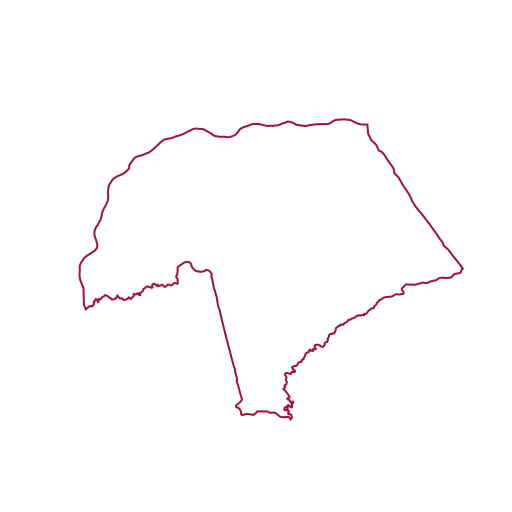 Bosobolo, Équateur, Democratic Republic of the Congo (Albers equal-area conic projection), rotated 323°
{"feature_id": "63176286B50098701443330", "entity_name": "Bosobolo", "entity_type": "district", "adm_level": 2, "iso_a3": "COD", "parent_name": "Democratic Republic of the Congo", "parent_adm1": "Équateur", "projection": "albers", "projection_center": [19.647, 4.521], "detail": "fine", "context": "isolated", "style": "outline", "palette": "rose", "viewbox_px": 512, "rotation_deg": 323, "n_neighbors": 0, "source": "geoboundaries", "source_scale": "gbopen_adm2", "svg_char_len": 6142}
<svg xmlns="http://www.w3.org/2000/svg" viewBox="0 0 512 512"><g transform="rotate(323 256 256)"><path d="M424.0,218.1L418.9,214.0L416.2,210.4L414.1,205.8L412.6,203.6L409.0,200.2L407.3,199.0L402.9,196.1L400.5,194.9L394.0,194.4L391.8,193.2L387.7,190.1L383.9,187.4L377.8,183.8L375.2,182.8L373.5,181.8L367.2,175.5L365.5,171.4L362.5,167.8L359.5,167.1L355.8,165.6L354.6,165.6L352.2,164.9L349.3,162.9L348.3,162.7L346.4,161.0L342.5,158.3L338.4,153.0L335.1,150.1L331.9,148.2L327.1,147.0L326.1,146.5L323.2,145.5L319.4,145.0L318.2,145.5L313.8,146.7L311.9,146.7L309.5,146.2L305.6,144.8L302.2,141.4L300.0,139.9L299.6,139.7L295.7,135.8L294.5,134.1L294.1,131.7L291.3,125.4L291.1,124.4L289.4,122.0L288.4,121.3L283.9,117.4L281.7,116.7L276.1,115.5L272.0,115.0L268.4,114.0L263.6,112.1L259.7,111.1L252.7,107.7L249.3,107.7L238.0,108.9L232.7,108.9L230.0,108.0L227.6,107.5L224.0,106.3L221.3,105.1L218.7,104.6L217.0,104.8L212.2,106.3L209.4,107.3L207.3,109.7L203.0,110.4L199.4,110.4L196.2,109.7L192.6,108.7L191.2,108.7L188.5,108.4L186.8,108.9L184.4,109.9L182.0,110.6L179.3,112.6L176.0,116.0L173.5,120.1L171.4,122.3L166.3,125.2L162.9,126.6L159.3,128.8L156.6,131.2L153.5,133.6L149.9,135.1L148.2,136.1L146.5,136.3L142.9,138.2L141.2,139.9L140.5,140.7L139.3,142.8L137.1,149.1L135.9,152.0L133.5,154.0L130.1,154.7L126.7,154.5L120.4,154.0L117.5,154.2L112.0,156.1L110.5,157.1L110.3,157.1L108.3,158.8L107.9,159.8L105.4,162.9L103.3,165.3L101.1,169.5L100.1,173.3L98.9,177.7L95.0,183.3L89.2,191.5L88.0,196.1L92.7,195.9L93.4,196.6L94.5,196.7L94.8,197.7L97.3,197.0L98.7,196.0L98.6,195.1L99.7,194.7L101.1,194.8L102.1,194.0L102.8,195.3L102.1,197.6L102.7,197.7L104.6,195.8L105.7,197.0L107.6,196.3L110.1,196.7L112.2,196.5L113.6,199.4L114.0,201.5L114.7,202.5L114.7,204.2L117.3,205.2L119.7,205.4L120.8,204.3L121.4,204.2L121.8,208.2L123.0,208.6L123.8,209.8L123.7,211.3L124.1,211.9L128.0,212.9L129.6,212.6L129.8,213.1L130.0,213.4L129.8,214.4L130.4,215.0L134.3,214.3L135.5,212.7L136.7,214.4L138.7,214.5L139.3,217.2L140.0,217.4L139.9,215.9L140.2,215.5L141.3,215.6L142.1,216.1L143.2,216.0L145.1,215.7L146.3,214.6L151.2,214.9L151.7,216.1L151.9,216.5L152.9,217.4L153.5,218.6L154.3,218.7L154.8,218.3L155.0,217.1L156.7,216.4L158.1,217.1L158.6,218.9L160.0,219.6L159.2,220.7L159.7,221.3L163.9,222.5L164.4,225.6L165.4,226.1L168.3,225.9L169.4,226.6L170.1,228.2L171.1,228.7L174.9,228.5L176.4,230.8L177.5,230.4L178.4,228.7L179.3,227.7L179.7,224.5L182.3,223.0L184.9,220.3L186.3,218.1L187.8,217.7L195.4,218.1L198.3,219.7L199.3,221.6L199.4,223.4L198.4,225.3L198.1,227.6L198.7,231.3L199.1,232.3L201.3,234.0L201.6,234.9L203.3,236.0L205.8,237.0L207.6,237.0L208.4,237.6L209.9,240.0L209.9,243.4L209.4,244.4L207.8,245.5L207.5,247.3L202.8,256.8L202.4,258.9L201.1,261.9L199.8,265.3L195.6,273.2L195.1,274.9L194.3,277.6L189.1,289.2L185.8,297.0L180.3,310.1L177.5,317.2L175.5,321.8L172.1,330.3L170.8,334.4L169.7,335.7L169.4,336.2L169.0,337.6L168.2,339.5L167.3,342.0L166.4,343.5L165.3,344.0L164.1,347.9L160.4,357.1L159.7,359.1L158.9,361.5L157.6,362.6L156.2,363.0L154.0,363.2L152.6,363.3L151.6,363.3L150.3,363.3L149.6,363.9L149.3,364.5L149.4,365.3L150.5,366.3L150.8,368.4L150.7,369.6L149.8,372.6L148.8,373.5L148.9,374.2L150.5,375.3L153.8,376.6L158.2,381.3L159.8,381.1L161.2,381.5L163.5,380.9L167.9,384.1L168.2,384.4L168.8,385.2L170.0,385.6L171.4,386.9L172.5,389.1L173.4,390.1L176.6,392.2L177.3,393.6L178.4,398.6L180.1,400.7L184.8,403.8L185.4,404.7L185.5,407.4L187.4,406.7L188.5,404.1L188.4,403.3L186.7,401.9L187.1,400.8L188.7,400.1L188.3,398.8L188.8,397.7L188.7,397.3L187.2,397.2L186.8,396.9L186.2,396.5L186.1,395.7L187.5,394.6L189.0,394.4L189.4,394.8L189.8,396.5L191.3,394.4L192.0,394.4L192.9,398.0L193.8,398.4L194.6,397.8L194.8,396.4L197.9,395.1L197.9,394.4L195.7,394.2L195.5,393.5L196.1,391.5L195.0,389.4L195.4,388.6L196.1,388.7L197.7,389.2L198.2,388.4L198.3,381.5L197.7,379.4L197.8,379.0L198.0,378.6L199.4,378.7L200.4,378.3L200.6,377.0L201.0,376.5L203.1,376.7L205.0,374.9L205.2,373.1L206.0,372.0L207.0,371.6L207.5,370.9L207.7,368.4L208.2,367.7L209.2,367.5L210.7,368.2L212.4,370.9L213.2,371.1L214.5,370.1L215.2,370.1L216.6,371.7L217.5,371.9L217.8,371.6L218.0,370.8L217.4,368.3L217.9,366.6L220.0,366.8L222.0,367.9L223.6,367.9L225.0,366.8L226.9,366.8L227.9,367.8L228.6,367.8L229.4,366.9L230.5,366.6L231.7,367.2L232.7,366.2L235.2,365.2L236.3,364.1L236.9,364.1L238.7,363.8L239.9,364.5L241.0,364.1L242.0,363.2L242.8,363.3L243.0,364.9L244.1,365.9L244.5,365.9L244.5,365.1L244.9,364.8L245.8,364.9L247.2,366.2L247.9,366.2L248.2,363.5L249.2,362.9L250.5,363.0L252.5,364.5L253.0,365.2L253.3,367.2L254.6,368.9L257.4,368.3L257.6,368.0L258.6,366.8L260.5,367.1L261.2,367.5L263.1,366.2L263.4,365.2L265.7,364.3L266.9,363.1L268.6,362.9L269.5,364.1L270.9,363.9L271.9,364.9L272.7,364.7L273.8,363.5L275.2,363.1L276.2,361.7L279.9,361.7L281.1,362.2L281.6,361.7L282.8,361.8L283.9,363.3L284.7,363.4L285.2,362.9L289.4,363.3L290.8,362.8L291.9,362.7L293.1,363.7L294.8,363.6L297.2,364.6L300.6,364.4L301.4,365.2L302.9,365.3L303.6,366.5L305.4,367.0L306.7,368.3L307.6,367.4L308.1,367.5L308.6,368.3L310.6,368.2L312.8,367.4L317.2,367.6L318.2,368.3L318.9,368.3L320.1,367.2L322.3,367.3L324.3,366.2L326.2,366.2L327.7,365.5L329.8,366.0L332.5,366.1L334.7,366.8L340.2,370.2L342.8,370.5L344.6,370.6L347.9,373.5L349.0,373.7L350.5,374.9L351.7,374.4L352.1,373.2L352.1,370.8L353.5,369.5L355.2,369.6L358.4,368.8L359.2,369.4L365.7,374.7L373.4,377.7L375.1,379.6L377.2,380.8L378.8,381.0L381.9,382.0L384.8,383.6L388.5,383.9L389.5,384.1L392.3,385.8L394.0,387.5L394.8,388.2L398.8,390.5L399.8,390.6L402.3,389.9L404.0,390.0L407.3,391.7L409.4,392.4L412.3,390.5L413.6,390.6L413.7,386.6L413.6,380.8L413.4,376.9L413.4,374.8L413.4,370.4L413.3,365.9L412.1,360.7L412.7,359.3L413.2,357.2L413.1,351.8L413.4,348.8L413.6,345.8L413.5,343.0L413.8,334.4L413.7,333.0L413.7,321.5L413.4,318.5L413.2,314.7L413.3,311.7L413.4,310.0L413.7,306.9L414.4,303.6L415.1,300.7L415.4,297.9L415.7,293.8L415.9,289.0L416.9,280.2L417.2,279.0L416.3,273.7L416.7,272.3L417.4,271.5L418.6,268.4L418.7,266.3L418.8,258.5L419.3,254.1L419.3,251.6L419.2,248.9L417.5,245.5L418.1,243.1L418.8,240.3L418.7,237.6L417.7,232.3L418.4,230.3L418.9,226.3L424.0,218.1Z" fill="none" stroke="#9f1239" stroke-width="2"/></g></svg>